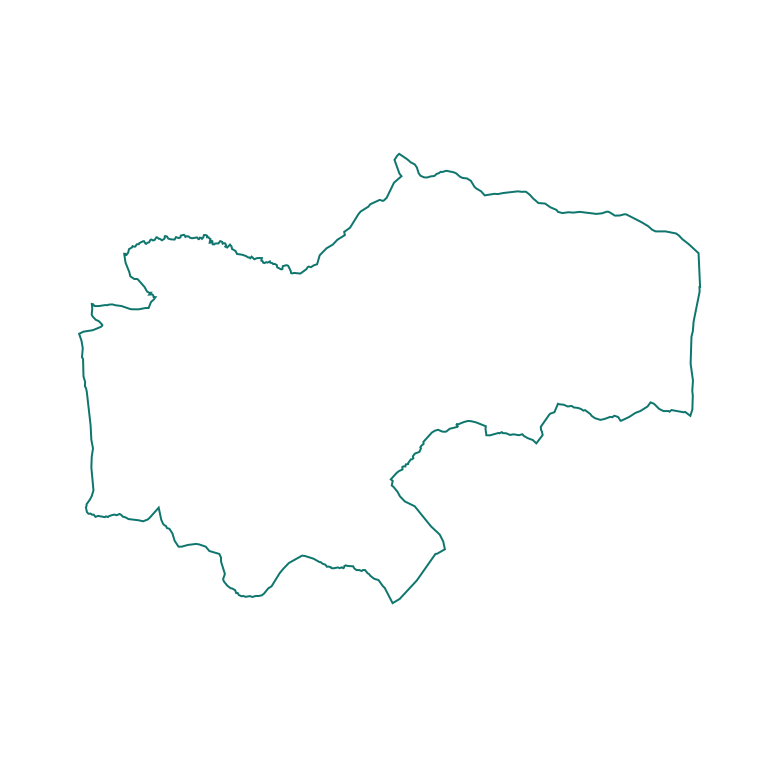 Ludesti, Dâmbovita, Romania (Robinson projection), rotated 98°
{"feature_id": "2599482B18388771363687", "entity_name": "Ludesti", "entity_type": "district", "adm_level": 2, "iso_a3": "ROU", "parent_name": "Romania", "parent_adm1": "Dâmbovita", "projection": "robinson", "projection_center": [25.213, 44.925], "detail": "fine", "context": "isolated", "style": "outline", "palette": "teal", "viewbox_px": 768, "rotation_deg": 98, "n_neighbors": 0, "source": "geoboundaries", "source_scale": "gbopen_adm2", "svg_char_len": 6135}
<svg xmlns="http://www.w3.org/2000/svg" viewBox="0 0 768 768"><g transform="rotate(98 384 384)"><path d="M599.8,345.0L594.7,338.6L573.9,324.1L545.1,309.4L544.7,307.8L539.2,300.7L531.8,303.4L525.4,307.8L518.4,317.7L500.8,336.6L497.4,347.0L493.1,352.5L489.0,355.5L484.7,360.1L483.4,362.2L478.8,361.9L477.5,364.0L470.3,359.1L468.1,357.0L466.1,353.8L463.6,354.3L462.9,353.4L462.7,351.4L460.6,351.2L459.9,349.0L458.8,349.0L455.0,347.0L454.7,345.8L453.4,344.6L451.6,345.4L448.6,343.7L446.3,339.5L442.5,338.4L441.8,339.2L440.1,338.5L437.8,336.5L435.8,336.9L425.5,329.9L423.2,327.2L421.8,324.0L422.9,320.3L423.0,318.4L422.5,315.8L419.2,312.7L416.3,305.5L415.8,305.1L414.3,306.5L413.5,306.2L413.6,304.9L410.5,299.5L408.9,295.7L408.7,292.5L409.2,287.4L411.7,277.3L414.5,277.2L420.5,275.5L420.1,271.9L416.5,263.7L416.8,262.9L415.3,260.6L416.1,259.7L415.8,256.2L416.9,252.1L415.8,248.8L415.9,243.2L414.5,240.0L416.0,238.2L417.6,234.2L418.8,228.8L421.6,224.9L412.5,219.8L409.1,221.0L407.6,222.1L404.6,222.8L391.0,215.9L390.1,215.0L388.2,211.3L379.4,209.0L379.7,207.7L379.5,203.3L380.7,198.9L379.6,195.1L380.8,192.8L380.7,188.4L381.3,185.5L382.6,182.9L381.9,181.2L385.1,175.4L386.7,173.9L388.5,170.3L389.4,164.8L388.1,161.1L385.1,155.4L385.1,153.1L383.6,151.9L383.4,151.0L384.2,147.4L387.5,144.7L387.3,143.9L382.5,136.6L377.6,131.0L375.1,126.4L369.5,119.8L365.1,117.5L366.0,113.9L370.4,108.0L371.9,103.5L371.2,98.5L371.7,97.4L369.8,95.7L370.3,83.2L369.7,82.0L372.9,76.2L366.3,75.1L352.4,76.6L347.8,77.8L337.7,78.5L321.2,83.2L294.4,86.1L288.5,85.5L279.2,86.1L248.6,84.3L244.1,85.1L244.0,84.5L210.7,90.7L202.9,102.0L199.2,108.5L195.8,112.8L194.3,115.7L193.7,126.5L195.1,136.2L194.0,139.8L191.2,143.9L188.3,150.5L182.3,167.8L182.5,169.7L184.4,174.2L185.1,178.9L182.8,183.9L182.2,186.0L182.4,187.5L184.6,191.8L186.0,197.3L186.3,214.1L187.9,220.2L188.3,225.5L189.9,231.0L189.7,232.9L189.3,235.7L187.6,237.4L185.8,244.0L182.9,249.5L183.3,256.3L179.4,262.3L176.5,265.7L174.1,269.7L173.9,271.0L174.5,274.1L174.6,278.3L178.3,292.6L180.1,297.7L180.3,301.1L183.2,310.5L179.6,314.8L177.5,319.9L176.2,321.8L170.7,326.3L168.9,330.4L169.0,335.1L168.0,337.8L165.3,342.0L164.6,344.6L164.2,352.1L165.9,355.6L166.0,357.4L167.6,359.0L168.6,361.1L171.0,363.1L171.9,366.6L173.5,370.1L173.8,373.1L172.7,376.8L170.5,379.0L165.0,381.6L162.2,384.2L160.8,388.3L158.2,392.3L154.0,401.0L156.1,402.7L160.6,404.8L173.5,398.0L175.8,395.6L183.2,402.1L199.3,407.3L202.5,409.9L202.8,410.9L202.3,413.6L202.6,414.4L207.9,422.6L210.5,424.1L216.5,431.2L219.7,433.1L234.0,439.4L238.9,444.6L242.0,443.5L247.6,450.2L253.2,454.2L257.5,459.7L265.5,465.6L274.7,466.9L276.3,470.1L278.5,472.6L278.2,474.8L278.7,475.7L281.2,476.9L286.3,482.2L286.5,488.5L287.3,490.4L287.0,491.5L285.3,492.0L280.4,495.2L280.0,496.2L280.0,497.4L281.4,500.6L284.4,500.7L284.8,501.8L283.3,506.0L281.2,506.7L280.3,508.9L280.7,510.4L279.8,511.6L279.7,513.5L278.5,514.1L280.0,516.3L279.8,517.8L280.9,519.2L280.7,520.5L279.2,521.4L278.9,522.7L276.3,522.5L276.9,527.0L278.5,529.8L276.3,532.8L278.1,534.0L277.4,535.1L277.6,536.1L276.5,538.5L275.7,542.6L275.7,547.6L272.9,549.6L271.4,553.3L269.1,554.1L267.4,555.9L270.7,558.3L270.0,560.3L268.6,559.7L266.9,560.8L266.8,561.9L267.5,563.3L265.8,564.0L265.3,566.1L267.8,567.5L268.4,570.8L269.3,571.4L269.5,573.1L266.5,573.8L266.3,574.4L268.1,575.2L268.4,576.3L264.5,576.1L264.1,577.3L263.1,578.1L263.3,579.7L261.8,579.8L261.3,581.3L261.6,583.0L264.2,583.5L265.6,584.5L264.7,585.5L264.8,586.8L266.1,587.2L266.4,587.8L264.9,589.6L266.4,594.4L266.1,596.6L265.1,598.0L265.1,599.9L266.0,601.1L264.5,602.1L264.1,602.9L265.3,605.9L267.1,606.0L268.1,607.4L267.5,610.4L270.0,611.4L270.2,611.9L270.4,615.7L270.0,617.9L268.2,619.4L267.9,620.8L268.3,621.7L269.8,621.4L271.0,622.0L272.6,623.9L271.4,626.3L271.5,627.3L270.5,628.7L270.4,629.8L273.3,631.2L274.0,632.7L273.3,634.3L273.5,634.9L274.3,635.7L276.3,636.2L277.1,638.0L278.3,639.0L278.1,639.8L276.0,641.5L276.1,642.3L278.5,645.9L279.7,646.3L280.1,648.3L282.5,649.4L282.8,650.6L282.5,652.2L283.8,652.6L286.0,655.3L289.4,655.6L292.2,657.1L292.3,657.7L291.1,658.2L291.2,659.4L299.9,656.8L308.4,651.9L312.7,650.2L314.8,645.8L314.4,643.2L314.7,642.3L321.2,634.7L325.4,631.5L326.4,629.2L326.1,627.7L328.1,628.8L327.5,626.0L328.3,624.9L329.9,624.3L329.8,622.4L332.8,624.0L335.1,626.1L341.5,627.7L341.9,630.6L344.2,637.4L345.1,644.1L345.1,645.7L343.3,654.9L343.4,660.8L343.0,664.2L343.7,667.6L344.5,668.9L344.6,670.9L346.5,677.2L347.1,681.6L345.5,683.1L345.4,684.5L349.9,683.4L356.0,683.1L357.8,681.8L360.5,678.4L361.5,675.1L364.5,671.3L365.4,671.1L366.9,672.4L371.3,680.0L374.0,688.9L376.7,692.9L383.5,689.5L390.4,687.3L399.6,686.8L401.1,685.5L418.5,682.6L423.4,680.3L428.0,679.8L429.6,678.5L433.2,677.2L465.7,668.8L479.8,666.1L488.3,663.2L496.8,663.3L507.3,662.2L529.8,656.9L535.6,657.8L539.1,659.0L544.5,661.8L546.4,661.6L547.7,662.0L552.1,660.4L553.1,659.3L553.6,658.3L553.2,656.5L554.0,655.0L553.8,653.3L555.7,651.2L554.4,648.8L554.7,642.0L553.8,640.9L554.2,638.9L553.2,638.1L551.5,634.7L550.8,632.4L551.2,630.5L549.5,627.8L550.2,626.0L551.7,624.2L552.1,621.2L553.3,618.3L553.1,607.8L553.5,603.5L551.1,599.2L549.2,597.5L537.8,589.9L549.4,585.7L553.1,583.4L554.3,582.0L555.1,580.0L556.8,579.0L557.3,576.3L558.0,575.7L561.5,572.7L568.4,569.5L573.7,564.8L573.2,561.6L570.7,555.9L568.5,547.8L568.6,544.6L569.9,537.9L573.7,533.7L575.2,523.4L578.5,521.3L582.7,520.6L594.3,515.1L598.9,516.1L600.2,516.0L602.0,514.9L605.6,511.0L607.5,507.6L607.7,505.7L608.9,502.7L611.6,501.3L611.4,499.7L613.2,498.4L614.0,495.4L613.5,493.9L614.0,491.4L612.7,487.3L613.2,484.7L611.7,481.3L611.4,478.6L610.2,475.5L608.2,473.6L602.5,470.2L600.0,467.2L586.1,461.1L581.3,458.2L574.5,453.3L565.4,441.3L565.3,438.4L566.8,429.5L569.3,423.1L569.2,422.0L570.5,419.8L571.1,416.9L572.9,415.1L572.5,413.7L572.9,411.0L573.6,410.5L573.6,408.5L572.1,404.2L572.5,402.1L571.4,400.3L572.1,398.7L571.4,398.0L569.8,397.9L568.9,396.6L569.3,394.7L568.8,389.2L570.6,387.9L572.1,385.4L571.7,382.4L572.3,380.1L571.2,379.0L570.8,377.0L573.7,373.9L574.3,372.3L575.8,370.9L578.3,366.5L578.9,362.2L584.6,356.7L585.8,354.9L599.8,345.0Z" fill="none" stroke="#0f766e" stroke-width="2"/></g></svg>